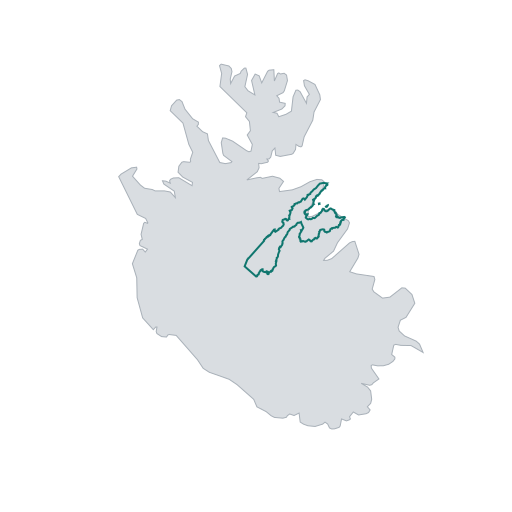 Sveitarfélagið Skagafjörðu, Norðurland vestra, Iceland (highlighted), rotated 67°
{"feature_id": "244011B28940040244957", "entity_name": "Sveitarfélagið Skagafjörðu", "entity_type": "district", "adm_level": 2, "iso_a3": "ISL", "parent_name": "Iceland", "parent_adm1": "Norðurland vestra", "projection": "mercator", "projection_center": [-19.345, 65.497], "detail": "fine", "context": "in_parent", "style": "outline", "palette": "teal", "viewbox_px": 512, "rotation_deg": 67, "n_neighbors": 0, "source": "geoboundaries", "source_scale": "gbopen_adm2", "svg_char_len": 9688}
<svg xmlns="http://www.w3.org/2000/svg" viewBox="0 0 512 512"><g transform="rotate(67 256 256)"><path d="M377.1,153.1L381.0,153.5L387.6,150.5L397.0,141.8L401.0,139.9L410.1,139.9L399.0,148.3L394.9,157.5L391.9,162.0L391.9,164.0L399.7,169.6L403.4,167.7L405.0,168.4L406.5,171.1L407.5,176.2L406.8,181.6L404.6,187.0L401.6,191.5L402.0,192.9L404.4,193.6L417.2,190.9L418.6,197.5L419.7,199.7L419.4,201.9L414.3,208.9L420.3,204.5L425.0,203.2L433.1,205.5L436.4,208.0L438.3,212.4L442.3,211.1L444.1,213.6L444.2,216.3L442.4,223.7L437.6,227.4L440.5,232.7L442.9,232.8L443.3,234.0L443.1,237.2L439.4,240.9L445.4,245.0L446.2,246.5L445.8,251.2L444.8,253.9L443.0,255.5L438.6,255.7L435.9,257.4L436.8,260.3L436.0,268.2L432.5,274.6L429.3,278.0L426.1,280.2L417.4,277.7L417.7,283.3L414.6,286.7L415.2,289.5L416.3,291.0L415.8,294.6L411.8,302.1L408.9,304.5L403.3,307.4L395.2,314.1L387.1,314.1L367.0,323.7L359.0,328.9L344.8,344.4L338.8,348.5L328.6,350.4L297.9,360.5L294.4,366.5L294.2,367.8L295.6,370.1L293.3,374.4L288.7,377.5L286.5,377.4L282.7,374.9L282.2,376.1L283.7,379.3L268.7,384.5L247.9,381.7L229.5,374.3L214.8,372.8L204.5,362.5L204.3,360.9L205.4,357.7L209.1,356.4L207.3,353.2L201.1,358.7L199.1,358.6L196.4,356.3L196.3,354.2L191.1,353.3L182.1,346.7L181.5,345.2L183.6,343.0L183.2,342.6L178.3,342.9L171.3,349.0L129.3,351.4L127.9,348.2L126.2,336.3L127.6,331.2L129.4,331.6L134.3,338.5L145.5,334.7L150.1,332.1L154.3,325.5L156.7,323.4L160.2,315.0L163.6,309.9L170.8,307.4L164.4,305.9L153.8,312.7L150.2,312.7L151.9,309.7L155.5,306.4L153.0,306.2L152.0,304.7L151.9,301.6L153.8,296.5L166.3,287.4L163.4,285.7L154.7,292.6L148.4,295.0L143.2,291.9L140.7,287.6L140.9,285.7L143.9,280.3L143.4,279.2L141.4,278.7L135.8,273.7L127.0,274.2L105.1,271.3L88.7,278.2L84.7,275.0L81.5,268.1L82.1,265.4L85.0,263.8L93.1,264.0L104.9,260.7L110.3,256.7L112.4,257.7L113.4,259.7L120.7,256.6L124.6,253.0L131.2,254.7L155.8,252.8L159.0,248.1L160.3,242.5L159.7,241.3L150.7,246.5L148.6,246.4L138.1,243.7L134.3,240.6L135.6,238.1L141.1,232.7L155.3,223.6L157.3,221.8L157.5,219.6L151.9,215.8L141.2,216.8L138.5,212.2L129.6,209.5L123.7,211.2L120.6,208.5L85.9,223.0L74.6,216.3L66.5,215.2L65.8,213.1L70.5,206.7L73.7,205.5L76.9,206.1L83.1,210.6L87.4,212.0L82.0,205.4L81.8,199.1L80.1,197.5L78.5,193.3L79.1,191.9L85.5,192.8L95.8,200.1L100.8,198.8L107.3,194.1L92.7,191.5L88.2,185.7L91.4,182.7L98.9,183.1L90.5,173.1L90.1,171.3L91.5,166.8L102.1,170.7L96.5,164.8L96.4,163.5L98.0,162.4L98.8,158.7L101.4,157.2L106.8,158.5L115.0,165.4L116.2,167.3L116.6,174.3L119.8,173.2L123.6,174.2L126.9,169.5L129.1,170.6L130.8,174.8L130.6,184.1L132.8,180.9L136.7,180.6L137.3,173.0L136.5,166.8L124.0,159.7L119.0,154.5L119.6,152.7L122.0,151.2L135.2,149.9L129.5,146.8L128.1,143.7L118.2,144.9L113.1,143.6L113.0,142.0L115.0,139.6L121.1,134.7L132.6,134.3L137.2,135.6L146.1,146.3L153.2,150.7L165.1,165.1L172.7,170.6L173.1,172.0L171.8,173.7L168.9,175.6L173.4,178.0L176.1,181.8L176.3,183.4L173.8,194.8L171.0,198.5L164.0,196.4L165.6,200.0L170.7,203.8L171.8,206.0L171.0,208.1L173.4,207.4L174.2,208.6L173.1,215.1L171.8,217.4L176.0,218.7L178.9,221.9L182.4,234.7L184.3,224.9L185.3,221.2L187.0,219.9L189.0,209.7L193.7,203.7L198.1,201.5L202.7,208.5L205.9,209.2L209.3,196.7L209.8,187.5L208.7,177.3L209.3,170.0L211.6,165.6L214.5,164.2L220.8,168.6L226.1,178.8L234.0,189.8L239.5,192.6L240.5,192.2L241.5,188.6L240.7,174.1L243.3,166.3L249.8,164.4L259.7,157.2L262.0,157.0L266.8,161.1L275.6,175.8L281.8,182.7L285.0,193.4L286.5,195.5L287.8,192.1L288.0,187.3L280.5,164.8L280.4,161.7L281.1,159.3L294.7,160.5L297.7,163.0L307.1,175.9L311.7,170.6L321.0,155.4L324.1,155.8L331.9,162.0L335.1,161.5L344.2,156.0L346.2,148.8L342.3,134.2L343.9,131.2L352.4,127.5L361.6,128.3L371.1,141.9L371.5,148.2L377.1,153.1Z" fill="#d9dde1" stroke="#a8b0b8" stroke-width="1"/><path d="M262.0,181.7L261.6,181.1L262.0,180.0L262.0,178.4L260.4,177.0L260.4,176.6L260.0,175.5L260.0,175.2L260.5,175.0L260.3,174.6L260.3,173.9L260.9,171.9L260.5,170.8L260.8,170.4L261.8,169.6L261.6,169.0L259.9,167.6L260.2,166.9L259.7,166.1L259.0,166.0L258.8,165.6L258.5,165.5L258.5,165.1L257.5,164.8L257.4,164.5L257.5,164.3L256.9,163.9L256.9,163.6L256.5,163.1L256.6,162.5L256.4,161.9L256.9,161.3L256.1,160.7L255.1,159.1L254.6,159.4L254.4,160.0L254.2,160.8L254.0,161.5L253.9,162.1L253.6,162.9L253.8,163.4L253.4,163.9L253.5,164.4L252.6,165.2L251.8,165.3L251.7,165.5L252.1,166.2L251.7,166.8L250.7,166.9L250.2,166.3L250.1,165.8L249.2,165.6L247.6,166.3L247.3,166.0L247.2,166.2L246.4,166.4L245.3,166.2L244.7,166.6L244.2,166.1L243.1,167.5L241.9,168.2L241.4,168.7L241.3,169.3L241.5,170.3L242.3,171.8L242.5,173.3L241.9,174.6L240.3,175.2L239.3,175.1L238.8,175.7L238.9,175.8L238.9,176.4L239.1,176.8L240.1,177.5L240.8,178.5L241.1,179.3L241.3,179.4L241.3,179.7L241.5,179.9L241.4,180.3L241.7,180.7L241.5,181.1L242.7,182.1L242.9,184.2L243.9,186.6L244.0,187.4L243.1,188.7L243.6,189.9L243.6,191.2L242.7,192.2L242.8,192.5L242.7,193.6L242.2,194.2L240.2,195.2L239.8,195.1L239.6,194.7L239.1,194.3L238.7,193.8L238.6,193.3L237.7,192.3L237.3,193.2L237.4,194.1L237.1,194.3L236.1,194.6L235.1,194.6L234.0,194.0L234.0,193.8L234.1,193.6L234.3,193.7L234.2,193.6L234.4,193.5L233.5,192.9L233.4,192.5L233.4,191.7L233.6,191.5L233.5,191.0L233.6,189.2L233.1,188.7L233.0,188.2L232.9,187.9L232.8,187.2L232.6,186.8L232.7,186.3L232.4,186.1L232.3,185.3L232.0,184.8L232.0,184.6L231.1,183.4L230.9,182.6L230.4,182.9L229.7,182.5L228.6,181.8L227.7,181.0L227.3,181.6L226.5,181.5L226.3,180.4L226.4,179.7L225.8,178.3L225.4,178.2L225.1,177.7L224.5,177.5L224.5,176.8L224.0,176.1L224.1,175.5L224.6,175.6L224.6,175.1L224.3,175.0L224.0,174.3L223.9,174.3L223.7,173.7L223.7,173.3L223.4,172.9L223.0,172.7L222.9,172.3L222.7,172.2L222.2,171.5L222.0,170.5L221.5,170.3L221.6,169.8L221.2,169.3L221.3,169.1L221.4,168.8L221.3,168.6L220.8,167.7L220.5,167.5L220.5,167.0L220.2,166.3L220.6,165.8L219.5,165.4L219.0,164.5L218.9,164.5L218.8,164.2L218.4,163.8L218.6,163.0L218.4,162.5L218.1,162.6L218.1,162.9L217.8,163.1L216.9,162.8L216.8,162.4L216.4,163.1L215.1,165.3L214.3,168.9L215.4,171.5L216.9,174.2L217.1,175.2L217.2,176.1L217.3,176.8L218.5,179.2L218.9,180.7L219.2,181.2L220.1,181.8L219.9,184.3L220.4,184.2L220.5,184.7L220.8,185.3L221.7,186.1L223.2,189.0L221.8,189.4L221.6,189.6L221.5,190.7L223.5,193.6L223.4,194.1L223.6,195.3L223.1,196.0L223.7,197.6L223.2,198.3L223.4,199.4L223.2,200.2L223.3,200.4L223.9,200.4L224.4,201.1L224.7,202.5L224.7,203.6L225.1,203.5L225.4,204.0L226.4,203.7L227.7,205.1L227.9,205.9L227.4,206.5L227.5,206.9L227.5,207.3L229.6,207.3L231.0,208.5L231.5,209.4L231.8,209.2L232.5,209.8L233.5,210.2L233.9,210.7L234.9,210.8L234.7,211.7L235.6,212.7L235.7,213.0L235.6,213.3L235.2,213.7L234.1,214.0L233.7,213.9L233.4,214.2L233.2,214.6L233.4,215.1L233.2,217.3L234.8,218.5L236.1,217.8L236.5,218.1L237.5,218.0L238.7,219.1L239.2,220.7L239.8,221.7L239.9,222.7L239.7,223.6L240.2,224.9L240.6,225.0L241.3,228.7L240.6,229.1L238.9,228.4L238.8,228.9L239.0,229.1L238.9,229.4L239.5,230.3L239.8,231.1L240.7,232.2L240.7,232.5L241.4,233.6L242.4,234.8L242.4,235.2L242.2,235.3L242.4,235.7L242.1,236.0L242.6,236.5L242.6,236.8L242.9,237.3L242.8,237.5L242.8,237.9L242.5,237.9L242.6,238.1L243.0,238.8L242.8,239.0L243.4,239.9L243.5,240.3L243.7,240.7L243.7,241.1L244.1,241.4L244.3,241.8L244.2,242.2L244.3,242.4L244.9,242.8L245.3,242.8L255.0,263.3L255.1,264.1L255.7,264.7L255.8,265.3L261.1,270.5L274.7,264.0L274.7,263.6L275.0,263.6L275.1,263.1L274.8,262.6L274.0,262.1L274.0,260.8L273.6,260.4L272.9,260.2L272.6,259.5L271.7,258.6L271.6,258.1L270.9,257.3L271.1,256.9L270.7,256.2L270.6,255.5L270.8,255.1L271.2,255.3L271.4,255.7L272.3,255.9L273.2,255.4L273.2,255.2L273.9,254.7L274.6,253.6L274.4,253.2L274.2,252.2L274.8,251.6L275.3,252.5L275.9,252.3L276.6,252.6L277.2,252.4L277.5,251.9L277.4,251.4L277.0,251.3L276.3,250.3L276.2,249.6L276.2,249.3L275.8,248.5L276.1,248.3L275.8,248.0L276.0,247.8L275.9,247.7L276.0,247.0L275.6,246.9L275.6,246.5L275.2,246.3L275.1,246.0L274.8,245.9L274.7,245.5L273.6,244.4L273.1,243.4L273.0,242.0L272.5,241.2L270.8,240.8L268.7,239.2L268.4,239.6L266.4,237.8L265.8,237.6L265.7,236.9L265.0,236.0L263.4,235.2L261.4,233.4L260.5,232.3L260.3,232.2L258.9,232.4L257.6,231.5L256.7,230.2L256.8,230.0L257.4,229.8L256.8,229.0L256.0,227.6L255.0,226.8L254.7,226.8L254.4,226.4L253.1,226.1L252.3,225.3L252.2,224.9L252.0,224.4L250.9,223.3L250.0,222.1L249.9,221.9L249.9,221.5L249.8,221.1L248.8,220.3L248.6,220.0L248.5,219.4L247.8,218.5L246.6,217.7L246.2,217.2L245.8,216.1L245.4,215.6L245.2,214.9L244.3,214.3L243.8,211.4L243.5,210.7L243.5,210.3L243.9,209.8L243.7,209.1L243.8,208.8L243.5,208.4L243.1,206.7L242.4,206.2L241.7,204.7L241.9,204.0L242.1,203.8L242.1,203.5L242.3,203.1L242.2,202.7L242.4,201.8L242.3,201.3L244.1,201.5L248.3,201.3L248.8,201.7L250.1,203.5L250.1,203.8L249.8,204.5L251.2,204.7L251.5,205.5L252.6,206.8L252.8,207.3L253.4,207.4L254.7,208.3L255.1,208.9L255.4,209.0L256.2,208.5L257.1,209.0L257.9,208.5L259.5,209.3L260.3,209.2L260.5,208.3L260.3,207.8L260.7,207.4L260.6,206.8L262.1,205.2L261.9,204.8L262.2,204.3L262.2,203.6L261.9,203.0L261.4,201.0L262.3,200.3L263.4,200.1L263.6,199.6L264.1,199.6L264.2,199.3L264.3,199.0L263.8,198.2L263.4,197.2L263.3,196.7L263.4,196.1L262.6,195.2L263.0,194.4L262.7,194.1L263.7,193.2L263.7,192.8L263.2,192.1L262.8,191.8L262.8,191.7L262.9,191.2L262.4,190.8L262.3,190.5L261.5,190.4L260.7,189.7L260.3,189.7L259.3,188.5L258.4,188.4L257.9,187.4L257.2,186.9L257.1,186.4L257.3,185.9L257.3,185.1L257.4,184.5L258.1,183.1L258.8,182.9L259.6,183.4L260.6,183.1L260.9,182.9L261.1,182.4L262.0,181.7ZM238.4,173.1L238.2,172.7L238.3,172.5L238.1,171.9L238.3,171.3L237.8,170.8L237.6,170.2L237.4,170.1L237.4,170.7L237.8,171.5L237.8,172.4L238.4,173.1ZM232.8,177.2L232.5,177.1L232.5,177.4L232.3,177.3L232.5,177.4L232.4,177.6L232.7,177.7L232.7,177.4L232.8,177.2Z" fill="none" stroke="#0f766e" stroke-width="2"/></g></svg>